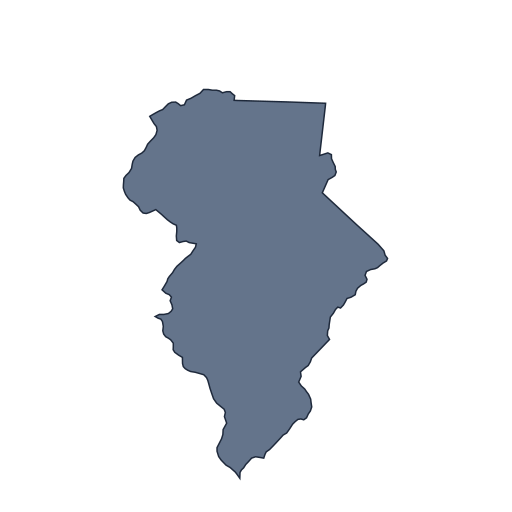 outline of Tanque Novo, Bahia, Brazil, rotated 56°
{"feature_id": "56859067B80880308839794", "entity_name": "Tanque Novo", "entity_type": "district", "adm_level": 2, "iso_a3": "BRA", "parent_name": "Brazil", "parent_adm1": "Bahia", "projection": "orthographic", "projection_center": [-42.526, -13.552], "detail": "fine", "context": "isolated", "style": "filled", "palette": "slate", "viewbox_px": 512, "rotation_deg": 56, "n_neighbors": 0, "source": "geoboundaries", "source_scale": "gbopen_adm2", "svg_char_len": 3132}
<svg xmlns="http://www.w3.org/2000/svg" viewBox="0 0 512 512"><g transform="rotate(56 256 256)"><path d="M168.3,112.9L145.7,144.0L116.8,184.3L114.7,187.1L111.1,184.0L108.3,184.9L105.3,185.6L103.3,188.6L101.9,192.6L98.8,193.9L96.4,196.1L94.2,199.4L91.3,202.4L88.6,206.4L89.8,211.4L89.2,216.7L88.9,221.6L87.9,226.4L90.6,230.8L89.2,234.4L86.2,235.3L83.5,236.5L81.4,239.9L80.8,243.6L81.5,247.2L82.4,251.5L81.7,254.8L81.3,258.5L81.0,262.4L80.8,266.0L85.4,266.3L89.3,266.5L93.0,266.2L96.5,267.7L99.4,271.1L100.8,274.8L101.8,279.7L102.7,283.3L104.6,286.4L106.3,289.7L106.8,293.2L106.4,297.0L106.7,301.1L108.5,304.9L110.5,307.1L113.8,310.2L115.8,314.6L116.5,318.7L117.7,322.1L120.6,324.3L122.7,326.0L125.3,327.9L128.6,328.9L132.0,329.6L136.1,329.6L139.2,329.2L142.3,327.5L145.5,326.7L149.5,325.8L153.3,326.4L157.2,325.6L159.4,323.2L160.3,320.2L161.0,316.1L161.5,313.1L165.0,312.1L168.5,311.1L171.9,310.3L176.4,309.2L179.9,308.0L183.0,306.7L186.0,304.8L188.6,306.1L191.4,308.0L194.9,310.9L198.8,313.1L202.0,312.0L203.2,308.4L204.6,305.5L207.5,303.9L209.8,301.5L212.5,298.7L214.9,301.3L216.5,305.4L218.1,309.1L218.3,312.9L218.5,315.9L219.1,318.8L219.7,322.7L220.3,327.3L221.5,331.0L223.2,334.5L224.5,339.3L225.6,341.9L227.4,344.0L228.7,346.7L229.9,349.2L231.5,352.8L236.4,351.6L239.6,349.5L242.8,349.1L245.1,352.2L249.5,353.0L253.2,354.6L254.4,357.3L254.7,360.8L252.9,365.1L250.4,368.8L249.8,373.4L252.9,371.9L255.1,370.2L258.0,370.2L262.5,372.2L265.9,375.1L269.1,376.2L272.4,376.0L275.1,374.6L277.7,373.6L282.0,373.3L285.1,375.4L287.4,377.1L290.5,377.2L294.9,375.6L298.9,373.7L304.0,377.0L307.0,378.1L309.8,377.7L312.5,376.5L315.2,374.8L318.3,371.5L321.7,368.6L325.2,365.7L329.2,365.0L332.1,365.5L335.5,366.6L339.9,368.1L344.9,369.5L350.6,371.0L356.0,370.9L360.0,369.7L365.2,368.1L368.6,368.9L371.5,372.0L374.9,372.9L378.2,373.8L381.5,380.3L385.5,383.3L388.3,386.8L391.5,392.6L393.1,395.5L396.1,397.5L401.4,399.1L405.8,399.0L412.6,397.8L416.9,395.7L420.1,394.9L423.5,394.0L426.9,393.8L431.2,393.7L426.5,390.3L425.2,387.7L424.7,384.7L423.1,381.1L422.3,377.3L421.1,372.7L422.2,368.6L425.2,365.4L427.9,362.6L425.5,359.5L424.1,357.1L424.0,352.8L423.0,347.9L421.8,342.6L420.6,337.5L419.6,333.6L419.9,329.6L418.1,324.8L415.9,319.7L415.2,316.1L414.9,312.6L416.2,309.9L418.5,308.0L418.4,304.6L416.2,301.0L414.9,297.6L412.3,294.2L408.3,292.3L405.2,290.7L400.0,289.8L396.7,290.0L393.5,290.0L389.1,291.1L384.4,291.1L382.7,288.5L381.0,285.9L376.9,283.9L376.1,277.2L376.0,274.0L374.1,270.1L371.7,266.9L366.3,241.7L361.8,241.3L358.1,238.4L356.5,235.8L353.8,233.7L351.1,231.2L348.2,228.5L346.7,223.8L344.8,220.0L344.1,216.8L346.4,215.0L345.5,210.9L344.0,207.8L342.1,204.3L343.3,200.3L343.6,195.4L341.1,192.9L339.5,189.8L339.0,185.5L339.3,182.5L339.3,179.3L337.4,177.0L333.0,176.4L330.6,173.1L331.3,168.6L333.1,164.5L333.6,161.7L333.2,158.7L332.9,154.7L333.1,150.6L331.6,148.3L327.5,148.5L323.2,147.1L314.5,148.2L285.9,155.2L240.7,165.7L233.0,153.5L233.4,149.1L233.4,145.6L231.2,142.5L228.5,141.8L226.1,140.3L221.6,139.7L217.6,139.0L214.1,136.8L210.7,138.8L208.3,147.1L170.5,114.7L168.3,112.9Z" fill="#64748b" stroke="#1e293b" stroke-width="1.5"/></g></svg>